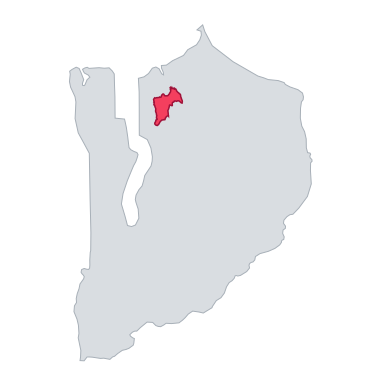 Kaolack, Kaolack, Senegal shown in context, rotated 89°
{"feature_id": "50182788B15645681951695", "entity_name": "Kaolack", "entity_type": "district", "adm_level": 2, "iso_a3": "SEN", "parent_name": "Senegal", "parent_adm1": "Kaolack", "projection": "albers", "projection_center": [-16.083, 14.112], "detail": "fine", "context": "in_parent", "style": "filled", "palette": "rose", "viewbox_px": 384, "rotation_deg": 89, "n_neighbors": 0, "source": "geoboundaries", "source_scale": "gbopen_adm2", "svg_char_len": 7299}
<svg xmlns="http://www.w3.org/2000/svg" viewBox="0 0 384 384"><g transform="rotate(89 192 192)"><path d="M308.0,174.0L313.2,182.8L312.1,187.2L311.1,193.4L314.0,197.9L317.4,200.9L319.9,203.6L322.6,207.3L323.2,214.8L322.8,220.2L324.5,222.6L326.1,225.7L325.8,228.2L324.9,230.5L321.7,233.6L321.3,239.2L326.6,245.9L330.1,249.6L330.1,251.7L331.1,254.0L333.6,256.7L335.1,256.0L336.8,253.8L337.5,252.2L342.1,252.8L344.2,253.5L347.2,257.8L348.3,260.8L349.1,264.5L352.2,269.1L354.9,272.3L355.5,274.3L357.9,277.0L356.6,283.2L356.8,286.3L355.4,294.6L355.1,298.5L355.2,299.9L358.9,302.8L358.6,306.9L354.9,306.3L348.5,305.9L335.8,308.3L331.4,307.5L323.1,307.9L317.1,309.2L309.6,312.1L303.7,311.5L300.5,309.4L296.4,309.6L291.6,308.5L286.6,306.6L282.0,305.6L277.0,301.9L274.7,301.2L273.1,302.2L271.7,303.5L270.3,304.3L267.6,303.7L266.6,301.1L267.4,298.6L267.6,296.7L266.3,295.7L263.3,295.4L258.4,295.4L250.6,294.8L248.8,294.3L231.2,293.8L213.0,293.9L197.5,294.0L178.0,294.0L164.3,294.0L151.5,294.0L141.6,299.1L130.9,304.7L116.6,307.6L100.0,306.5L94.7,307.3L89.2,309.7L85.2,311.5L79.5,312.6L72.1,311.7L69.1,312.2L67.3,309.7L65.2,305.6L66.5,302.7L71.0,300.8L77.8,298.3L81.3,299.6L83.4,299.6L83.8,298.0L83.1,297.2L78.0,295.0L75.4,292.1L73.2,293.8L71.3,297.3L69.7,298.4L67.4,299.3L66.1,297.0L65.5,294.6L66.6,292.8L66.1,282.8L66.7,277.4L66.4,272.7L69.6,269.6L72.6,267.7L84.5,267.6L95.4,267.4L106.0,267.5L116.8,267.6L117.9,258.2L121.3,257.5L126.4,256.5L135.9,255.3L146.5,254.2L148.7,252.4L150.5,249.2L151.6,246.4L153.7,245.3L156.7,246.2L160.6,247.6L164.6,249.9L169.3,252.0L172.3,253.3L179.7,256.5L192.4,261.0L202.8,262.8L215.4,259.3L224.4,257.1L225.5,253.0L224.0,249.1L217.3,245.6L208.1,246.1L205.3,247.0L201.0,248.3L198.5,248.8L194.1,248.0L188.6,244.9L185.1,241.8L180.3,240.3L174.6,238.9L165.3,232.5L160.5,231.3L156.0,231.0L147.3,232.3L138.8,235.8L134.3,243.7L125.8,243.6L107.7,243.3L91.1,243.1L77.4,243.6L76.0,237.9L72.8,233.4L67.5,229.5L66.4,225.9L68.2,222.8L73.3,220.2L74.4,218.4L71.8,218.6L67.7,220.3L65.0,220.4L64.7,215.4L60.3,209.0L55.3,198.1L49.6,193.7L44.9,184.9L39.9,181.5L35.3,179.9L31.4,180.2L30.0,184.2L25.1,178.4L31.8,176.4L46.1,169.2L62.5,148.6L77.2,124.1L79.1,118.3L80.9,113.9L82.1,103.9L84.2,98.0L86.1,96.8L88.6,92.3L91.6,84.2L95.0,79.8L98.8,78.9L101.7,79.3L103.8,81.0L109.9,82.0L120.1,82.4L128.0,81.1L133.6,78.4L140.9,76.9L149.9,76.9L154.7,75.7L155.1,73.4L156.3,72.7L158.2,73.6L160.0,73.2L161.6,71.6L163.3,71.4L164.9,72.9L172.5,73.2L186.0,72.6L198.5,76.7L210.1,85.6L216.0,91.5L216.4,94.5L218.3,97.5L221.8,100.6L224.9,101.1L227.8,99.1L230.0,99.3L231.6,101.6L234.9,102.1L238.5,100.6L241.1,101.1L241.6,102.5L242.2,103.2L244.0,103.5L246.4,105.2L249.8,110.0L252.6,116.6L254.8,125.1L257.6,129.7L261.0,130.4L263.0,132.2L263.5,134.2L264.5,135.6L266.1,136.3L269.0,135.8L272.5,138.7L276.2,144.9L276.8,147.7L276.3,149.2L276.5,150.3L279.0,151.3L281.3,153.4L283.2,156.4L287.3,159.1L293.6,161.4L298.2,164.9L301.0,169.6L306.8,173.6L308.0,174.0Z" fill="#d9dde1" stroke="#a8b0b8" stroke-width="1"/><path d="M115.6,214.2L115.4,214.2L115.0,214.2L114.8,214.3L114.6,214.3L114.3,214.4L113.9,214.4L113.1,214.4L112.4,214.5L112.2,214.5L111.8,214.5L111.5,214.5L111.2,214.6L110.5,214.7L110.1,214.7L109.8,214.5L109.7,214.5L109.4,214.3L109.2,214.2L107.9,213.7L107.5,213.7L106.6,213.3L105.8,213.2L105.3,213.1L105.0,213.0L104.8,213.0L104.7,212.9L104.6,212.6L104.7,212.3L104.8,212.0L104.9,211.7L105.1,211.4L105.2,211.1L105.3,210.8L105.3,210.6L105.2,210.4L105.2,210.2L104.8,210.1L104.2,210.2L103.7,210.2L103.2,210.2L102.6,210.1L102.4,210.0L102.1,209.9L102.0,209.3L101.7,208.7L101.2,208.5L101.2,208.2L100.8,208.0L100.8,207.8L100.7,207.7L100.7,207.0L101.0,206.1L101.1,205.8L100.8,205.3L100.6,204.8L100.6,204.2L100.6,203.7L101.0,203.0L101.4,202.5L101.8,202.2L102.7,201.2L102.9,200.6L102.9,200.3L102.3,200.3L101.9,200.1L101.2,200.1L100.9,200.1L100.4,200.2L99.9,200.4L99.7,200.5L99.1,200.7L98.3,201.0L98.2,201.0L97.8,201.1L97.3,201.3L96.9,201.4L96.8,201.5L96.5,201.6L96.0,201.7L95.4,201.7L95.1,201.7L94.7,201.8L94.3,201.9L94.0,202.1L93.9,202.2L93.9,202.3L93.7,202.5L93.5,202.9L93.3,203.1L93.2,203.1L93.0,203.3L92.8,203.5L92.7,203.5L92.5,203.8L92.4,204.0L92.1,204.3L91.9,204.6L91.7,204.7L91.4,205.0L91.2,205.2L91.0,205.3L90.6,205.7L90.4,205.7L89.9,205.8L89.4,206.1L89.2,206.2L88.9,206.3L88.7,206.6L88.7,206.9L88.8,207.1L88.7,207.2L88.5,207.3L88.7,207.6L88.9,207.7L88.9,207.8L88.8,208.0L88.7,208.2L88.8,208.1L88.7,208.0L88.4,208.3L88.2,208.3L88.1,208.0L87.9,208.0L88.0,208.3L88.0,208.5L88.0,208.8L88.0,209.0L87.9,209.1L88.0,209.3L88.0,209.5L88.2,210.0L88.3,210.1L88.2,210.3L87.9,210.3L88.0,210.6L88.3,210.7L88.3,210.8L88.3,211.0L88.2,210.9L87.8,210.8L87.9,211.0L87.7,211.2L87.4,211.0L87.5,211.4L87.4,211.5L87.2,211.5L86.8,211.5L87.0,211.8L87.2,212.0L87.3,211.9L87.9,211.8L88.2,211.8L88.5,211.9L88.9,211.9L89.0,211.9L89.3,211.7L90.0,211.5L90.4,211.6L91.4,211.7L91.6,211.8L91.8,211.9L92.0,212.1L92.3,212.3L92.7,212.5L92.8,212.7L93.2,212.8L93.4,212.9L93.5,212.9L93.7,213.1L93.8,213.2L93.9,213.3L94.1,213.5L94.4,213.8L94.6,213.9L94.7,214.0L95.1,214.3L95.2,214.6L95.3,214.7L95.3,214.9L95.4,215.1L95.4,215.6L95.4,215.9L95.4,216.0L95.4,216.4L95.4,216.6L95.4,216.8L95.4,217.1L95.4,217.3L95.2,217.5L95.1,217.8L94.9,217.8L94.7,218.0L94.4,218.1L93.9,218.4L93.6,218.7L93.5,218.9L93.5,219.3L93.6,219.6L93.8,219.8L94.0,220.0L94.3,220.3L94.5,220.5L95.0,220.8L95.2,220.7L95.3,220.8L95.5,220.9L96.3,221.2L96.5,221.3L96.7,221.5L96.6,221.8L96.6,222.0L96.8,222.4L96.7,222.6L96.5,222.8L96.7,223.0L96.9,223.4L96.9,223.5L97.0,224.5L97.0,224.8L97.1,225.1L97.1,225.5L97.1,225.8L97.1,226.1L97.3,226.6L97.5,227.2L97.5,227.3L97.4,227.5L97.2,227.7L97.3,227.8L97.6,228.0L98.4,228.6L98.7,228.8L98.8,228.8L99.0,228.8L99.1,228.7L99.3,228.7L100.0,228.6L100.5,228.4L100.8,228.4L100.9,228.5L101.0,228.5L101.5,228.7L101.7,228.4L101.7,228.2L101.8,228.2L102.4,228.2L102.8,228.4L103.0,228.4L103.3,228.4L103.7,228.5L103.9,228.6L104.0,228.6L104.0,228.4L104.1,228.2L104.3,228.0L104.5,227.9L104.6,228.0L104.7,227.9L105.0,227.8L105.3,227.7L105.5,227.7L105.8,227.6L106.1,227.5L106.3,227.4L106.5,227.4L107.0,227.2L107.4,227.0L107.8,226.9L108.1,226.8L108.6,226.8L108.8,226.8L109.3,226.9L109.6,227.0L109.8,226.9L110.0,226.9L110.6,227.0L110.8,226.9L111.0,226.9L111.3,226.9L111.6,226.7L111.9,226.6L112.2,226.4L112.4,226.4L112.8,226.3L113.0,226.3L113.3,226.3L113.6,226.2L113.9,226.2L114.1,226.1L114.3,226.1L114.5,226.0L114.9,225.9L115.1,226.0L115.2,225.9L115.4,226.0L115.6,226.0L115.8,226.1L116.1,226.1L116.5,226.1L117.3,226.3L117.5,226.2L117.8,225.9L118.1,225.7L118.4,225.6L118.5,225.6L118.8,225.6L118.9,225.8L119.0,226.0L119.1,226.5L119.3,226.6L119.6,226.8L119.8,226.8L120.2,227.0L120.3,227.0L120.7,227.1L120.9,227.2L121.2,227.3L121.4,227.4L121.6,227.5L121.8,227.7L121.9,227.8L122.3,227.9L122.7,228.0L122.9,228.0L123.1,228.0L123.3,228.0L124.0,227.5L124.3,227.2L124.5,226.9L124.8,226.1L124.9,225.5L124.6,225.2L124.4,224.9L124.1,224.4L123.7,224.1L123.2,223.8L122.0,223.1L121.6,222.9L120.9,222.4L120.4,221.8L120.1,221.5L119.6,221.0L119.5,220.5L119.5,220.4L119.5,219.7L119.2,219.4L119.2,218.8L119.3,218.3L119.2,217.8L118.9,217.7L118.7,217.7L118.4,217.5L118.1,217.5L117.9,217.5L117.8,217.3L117.6,217.3L117.5,217.2L117.4,217.1L117.0,216.8L116.2,216.3L115.9,215.8L115.6,215.3L115.5,215.1L115.3,214.7L115.2,214.6L115.3,214.4L115.6,214.2Z" fill="#f43f5e" stroke="#9f1239" stroke-width="1.5"/></g></svg>